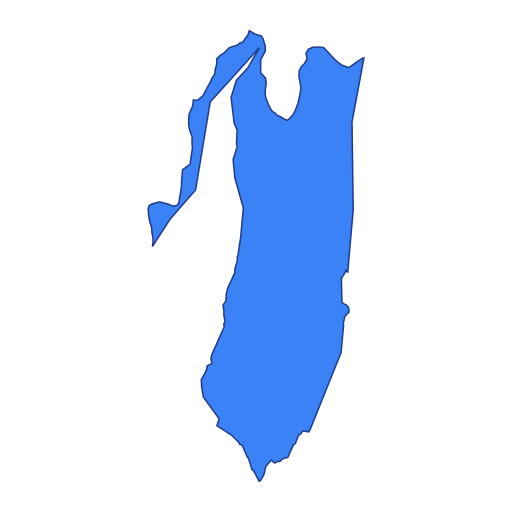 the district of San Lorenzo Cuaunecuiltitla, Puebla, Mexico
{"feature_id": "50627088B78498506424092", "entity_name": "San Lorenzo Cuaunecuiltitla", "entity_type": "district", "adm_level": 2, "iso_a3": "MEX", "parent_name": "Mexico", "parent_adm1": "Puebla", "projection": "equal_earth", "projection_center": [-96.92, 18.216], "detail": "fine", "context": "isolated", "style": "filled", "palette": "blue", "viewbox_px": 512, "rotation_deg": 0, "n_neighbors": 0, "source": "geoboundaries", "source_scale": "gbopen_adm2", "svg_char_len": 3679}
<svg xmlns="http://www.w3.org/2000/svg" viewBox="0 0 512 512"><path d="M259.1,481.3L259.3,481.3L259.4,481.2L260.6,480.5L263.5,475.3L263.9,474.6L265.9,466.3L266.1,466.1L271.0,460.2L274.7,463.0L277.4,461.5L280.0,461.4L281.1,460.3L281.3,460.1L282.4,459.1L282.9,458.6L287.1,457.6L287.8,457.4L291.6,448.9L293.3,445.2L295.5,443.1L296.6,440.3L297.5,438.0L298.4,435.5L300.9,433.7L301.9,432.0L303.6,431.1L308.6,431.9L309.7,430.6L341.1,352.5L342.6,336.1L343.6,325.5L343.4,325.0L343.3,323.8L344.2,319.2L344.6,317.3L345.1,316.3L345.9,315.4L348.3,312.9L348.7,312.1L349.0,311.4L349.0,310.3L348.8,308.6L348.5,307.6L348.1,306.8L346.2,304.9L345.9,304.7L345.0,304.4L343.5,303.7L342.9,303.2L342.6,303.0L342.1,302.4L342.0,301.6L341.9,300.2L341.4,278.1L341.5,278.1L341.7,277.8L342.1,277.2L342.5,276.8L342.8,276.1L343.4,275.3L344.2,274.0L344.8,272.8L345.0,272.3L345.3,271.8L345.7,270.2L345.8,270.1L346.1,270.2L346.3,270.4L346.6,270.7L346.7,271.0L346.7,271.3L346.7,271.7L346.8,271.8L347.0,271.8L347.4,271.9L347.8,272.0L348.7,260.9L349.3,253.9L350.0,245.8L353.2,210.1L353.1,201.5L352.0,121.8L352.5,119.1L361.7,70.1L361.8,69.4L363.9,57.9L362.2,58.4L355.4,62.9L348.9,67.6L341.7,65.1L334.9,59.7L329.8,54.1L323.6,47.5L317.7,47.0L312.5,47.3L308.2,49.4L306.0,53.5L307.1,58.7L304.2,64.0L301.5,66.4L299.3,70.5L298.9,75.7L300.2,83.3L300.9,87.9L300.2,93.5L299.4,96.6L298.0,103.3L295.2,110.6L293.2,114.3L290.4,117.6L287.5,120.3L284.6,119.3L280.0,116.4L277.4,115.5L275.4,113.3L272.7,111.6L271.3,110.2L269.5,106.6L268.3,104.3L267.3,101.6L266.0,98.5L265.3,95.5L265.2,91.7L265.6,87.5L266.2,83.0L265.6,78.2L260.7,72.8L260.7,69.8L260.6,64.2L260.8,59.4L263.0,55.5L265.3,51.0L265.3,46.4L264.0,41.9L262.7,37.9L261.1,35.8L255.2,34.2L249.3,30.7L248.6,32.6L247.9,34.9L245.6,38.0L242.9,42.0L239.6,43.2L237.0,45.4L233.4,46.3L229.0,47.9L224.3,52.8L220.8,54.9L216.8,58.7L216.7,64.0L215.2,69.7L214.8,73.6L213.8,75.6L211.9,78.5L210.3,82.1L207.9,86.4L205.8,90.4L203.0,95.7L197.6,100.2L193.3,100.0L192.8,105.6L189.2,114.0L188.7,118.5L188.7,125.3L189.9,130.9L192.1,136.6L192.0,142.2L192.4,148.4L191.0,157.4L190.1,164.1L187.9,165.8L182.6,169.7L181.6,180.4L181.5,186.0L180.6,192.2L179.0,201.8L177.8,205.0L173.7,206.1L171.0,205.3L167.9,204.0L165.1,203.2L164.2,203.2L159.6,201.9L156.2,202.7L151.3,204.2L149.1,205.8L148.1,208.9L148.7,215.6L149.3,219.6L150.2,223.2L151.7,227.5L151.9,232.7L152.8,236.6L153.1,241.4L152.4,246.5L170.3,218.9L195.6,189.9L210.2,102.0L259.4,47.6L247.9,67.8L236.4,80.3L231.1,97.3L234.1,123.0L237.1,130.0L236.5,143.7L237.2,146.5L233.1,159.6L234.9,178.2L243.3,207.8L243.0,211.7L241.5,227.9L241.0,233.9L240.6,237.3L240.5,238.4L240.5,238.5L239.9,242.2L239.8,242.8L239.2,246.5L239.2,248.1L239.0,248.9L238.3,252.0L238.2,253.4L238.2,254.2L237.8,256.0L237.1,257.1L237.4,258.1L237.4,259.3L237.3,260.0L236.8,262.5L236.1,264.9L235.9,265.5L235.6,266.4L234.7,270.2L234.9,272.2L234.2,273.9L232.1,278.5L231.0,281.0L230.4,282.4L230.2,282.8L230.0,283.1L229.6,284.0L228.9,285.3L228.3,286.9L227.6,288.5L227.3,289.3L226.4,293.7L226.3,294.3L226.2,296.6L225.9,300.9L223.2,304.8L223.3,306.9L223.7,309.5L224.0,311.9L223.8,314.7L223.8,315.0L225.0,321.0L224.5,322.4L223.7,324.3L224.2,326.8L223.9,327.7L222.2,331.4L219.4,337.6L216.9,343.3L213.4,351.1L211.7,354.9L210.9,358.7L212.1,363.4L209.8,364.5L207.2,365.8L206.8,368.4L206.1,371.1L202.6,377.2L201.3,379.5L201.6,385.6L201.6,386.5L202.1,389.5L203.4,397.2L206.7,401.7L214.1,411.9L219.2,418.9L218.6,420.5L216.9,425.7L229.7,434.0L232.0,435.6L238.9,442.5L239.8,444.5L240.6,444.5L241.3,444.5L242.6,446.0L245.0,451.8L247.3,457.1L248.5,458.1L248.9,459.8L249.3,461.1L251.0,466.4L251.9,469.4L253.8,471.2L255.8,474.8L255.9,475.1L259.1,481.3Z" fill="#3b82f6" stroke="#1e3a8a" stroke-width="1.5"/></svg>